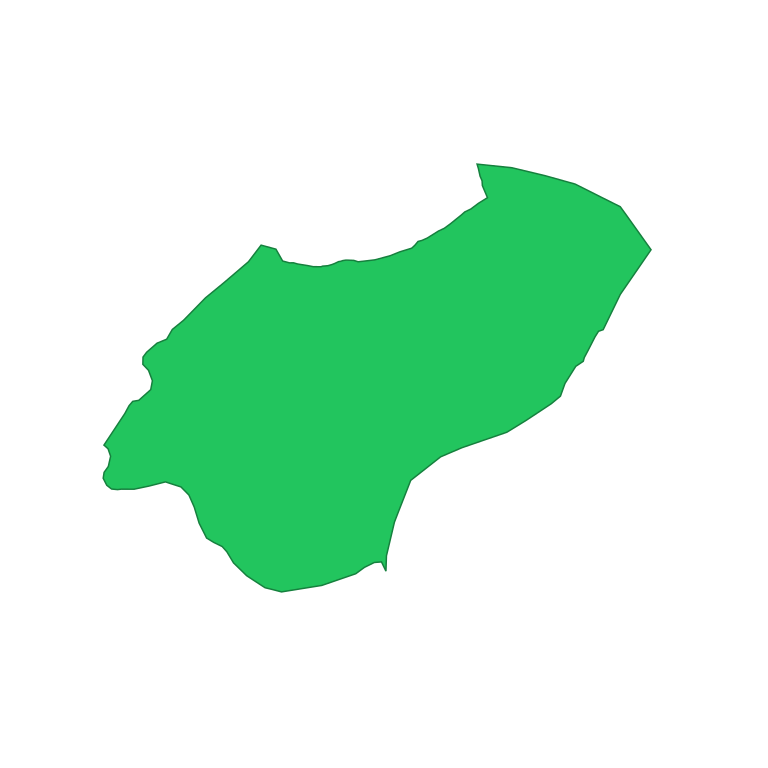 Surulere, Oyo, Nigeria, rotated 71°
{"feature_id": "59680162B17719625697929", "entity_name": "Surulere", "entity_type": "district", "adm_level": 2, "iso_a3": "NGA", "parent_name": "Nigeria", "parent_adm1": "Oyo", "projection": "natural_earth1", "projection_center": [4.404, 8.096], "detail": "fine", "context": "isolated", "style": "filled", "palette": "green", "viewbox_px": 768, "rotation_deg": 71, "n_neighbors": 0, "source": "geoboundaries", "source_scale": "gbopen_adm2", "svg_char_len": 1824}
<svg xmlns="http://www.w3.org/2000/svg" viewBox="0 0 768 768"><g transform="rotate(71 384 384)"><path d="M510.5,412.8L483.8,390.1L482.2,385.5L471.3,354.2L470.7,346.1L469.6,331.0L469.6,311.3L469.6,307.7L469.6,283.5L464.6,261.2L457.1,232.2L452.9,221.1L442.4,212.7L429.7,196.9L428.9,193.8L427.4,188.2L424.2,186.0L418.4,179.8L408.1,169.1L404.0,164.0L404.0,159.1L376.2,131.4L357.0,105.4L344.0,87.8L303.8,99.7L293.3,102.9L278.1,117.8L257.2,138.2L239.8,163.4L221.2,192.6L206.4,224.4L211.0,224.6L218.8,225.5L223.8,225.1L228.4,226.4L241.5,225.5L243.9,235.9L246.2,243.0L246.8,244.8L247.6,251.6L249.4,255.9L251.7,262.3L254.2,269.2L256.4,276.3L257.1,282.7L260.1,295.7L260.6,301.4L260.3,305.4L262.9,309.7L264.6,313.6L264.2,325.7L264.7,336.9L263.6,352.4L261.1,363.9L260.0,368.7L257.3,372.3L254.8,378.7L254.4,380.0L253.9,382.7L253.9,384.9L253.5,387.1L254.0,391.5L254.1,394.2L253.9,398.4L253.2,401.3L252.6,403.5L252.6,405.4L250.1,412.6L247.2,417.6L242.4,426.6L240.0,430.0L238.7,433.9L234.7,439.8L221.3,442.3L212.7,455.0L224.3,472.4L233.4,495.5L236.3,502.9L244.4,524.7L258.5,552.8L263.5,566.4L270.9,574.9L271.5,585.3L276.7,598.1L280.1,603.1L286.9,605.6L294.4,602.2L305.5,601.9L313.4,606.4L319.6,621.2L318.6,627.2L321.5,632.1L327.5,638.6L350.6,668.7L355.4,666.0L363.3,666.0L372.2,671.5L376.4,677.4L381.7,680.2L389.5,679.1L394.6,675.8L397.1,670.3L397.9,666.6L402.1,654.6L404.0,639.4L405.4,622.5L407.7,619.5L412.6,613.0L415.2,609.5L425.5,604.6L438.6,603.5L455.5,604.1L465.7,602.7L471.9,601.9L478.4,596.5L485.0,589.9L491.5,587.2L504.2,584.5L508.7,582.2L513.5,579.8L520.5,576.3L529.3,569.5L537.9,562.8L542.0,556.4L547.2,548.6L552.2,519.8L554.2,508.4L554.2,493.7L554.2,486.1L554.2,485.3L554.2,472.5L551.0,462.2L549.6,451.3L551.4,444.3L561.6,443.1L547.2,437.6L518.0,419.1L510.5,412.8Z" fill="#22c55e" stroke="#15803d" stroke-width="1.5"/></g></svg>